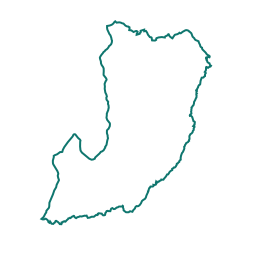 Muong Khuong, Lào Cai, Vietnam, rotated 187°
{"feature_id": "81297802B9711168823282", "entity_name": "Muong Khuong", "entity_type": "district", "adm_level": 2, "iso_a3": "VNM", "parent_name": "Vietnam", "parent_adm1": "Lào Cai", "projection": "natural_earth1", "projection_center": [104.124, 22.685], "detail": "fine", "context": "isolated", "style": "outline", "palette": "teal", "viewbox_px": 256, "rotation_deg": 187, "n_neighbors": 0, "source": "geoboundaries", "source_scale": "gbopen_adm2", "svg_char_len": 5751}
<svg xmlns="http://www.w3.org/2000/svg" viewBox="0 0 256 256"><g transform="rotate(187 128 128)"><path d="M164.2,193.3L163.0,190.7L162.7,188.9L161.8,187.3L160.1,185.4L159.4,184.1L159.0,181.4L158.8,178.3L158.6,177.5L156.0,174.9L155.2,173.7L155.3,172.7L155.9,171.7L156.6,168.9L156.0,166.3L155.9,164.1L154.8,160.4L153.6,158.6L152.8,156.7L153.2,155.5L152.8,153.6L150.9,151.6L150.8,149.4L150.1,148.1L149.6,145.7L149.8,144.4L149.8,143.3L150.3,141.7L150.8,139.5L150.6,138.2L150.6,135.5L149.6,133.5L146.7,130.6L146.4,129.8L146.3,127.6L146.7,126.4L147.2,124.9L148.2,123.8L148.6,122.8L148.3,120.3L147.3,118.1L147.1,116.7L146.6,115.5L147.0,113.4L147.3,108.6L148.4,106.4L148.2,105.7L148.6,105.1L149.2,103.5L149.6,102.8L150.9,101.6L152.1,101.0L153.1,99.3L157.0,94.7L157.2,93.5L158.8,92.5L160.3,92.1L162.7,92.8L170.8,98.0L172.3,99.8L172.6,100.7L173.3,103.8L173.8,108.7L173.6,109.6L174.0,110.3L174.5,110.8L176.4,112.1L179.4,115.1L179.9,115.3L180.7,115.2L181.3,114.7L181.9,112.9L186.0,106.6L188.9,101.3L190.0,98.4L190.3,96.3L190.7,96.1L192.5,95.8L195.1,93.3L197.5,92.0L198.3,91.3L198.1,90.0L198.6,86.5L198.4,84.9L198.1,83.6L197.7,82.8L192.8,76.6L191.9,74.9L191.6,74.0L191.9,72.3L191.8,71.7L191.2,70.0L190.3,68.2L190.2,67.7L191.9,62.9L192.1,60.4L193.6,57.0L194.4,53.0L196.9,44.3L196.6,40.7L196.8,39.1L198.9,35.9L198.9,34.1L199.5,33.2L200.9,29.4L202.8,27.2L202.2,27.0L201.5,26.9L200.1,27.1L199.0,27.9L198.5,27.9L196.7,26.9L195.9,25.9L195.5,24.9L194.5,24.4L194.0,25.8L193.1,24.8L192.6,24.0L192.2,23.7L190.5,23.7L189.7,24.8L189.1,25.2L188.5,26.9L188.1,27.1L187.6,27.0L187.0,26.5L186.3,26.3L184.7,25.1L184.0,24.3L182.4,24.4L182.3,24.8L182.5,25.9L182.5,26.1L181.8,26.5L181.4,26.4L180.9,27.2L179.8,27.7L179.1,27.3L178.7,27.4L177.6,29.0L176.4,30.3L176.2,31.0L175.3,31.3L174.7,31.8L174.1,31.6L172.8,33.1L171.1,34.2L170.8,34.1L170.3,33.3L169.8,32.8L168.5,32.2L168.2,32.4L167.6,33.2L165.8,33.9L165.0,34.5L163.3,34.5L160.3,35.7L159.1,35.7L158.4,36.0L157.0,33.9L155.1,34.4L153.3,35.5L151.0,35.8L149.2,37.7L147.9,37.8L147.4,38.2L147.3,38.4L147.5,39.2L146.7,39.8L143.6,39.8L143.0,39.0L142.0,38.3L140.9,38.5L140.2,38.9L140.1,39.6L140.2,40.7L139.7,41.3L139.1,42.9L138.0,43.3L137.2,43.1L135.4,43.3L135.0,45.5L134.7,46.0L133.7,46.6L132.4,45.8L132.0,45.8L130.8,46.3L130.4,46.8L129.5,47.7L128.5,48.0L127.5,48.9L124.7,49.3L124.1,49.6L123.8,50.1L123.4,49.8L123.3,48.5L122.5,46.9L122.3,45.7L119.8,44.2L118.8,44.2L117.0,44.5L116.1,45.5L115.7,45.6L113.4,45.4L112.8,47.0L111.3,49.0L111.1,50.2L110.6,51.0L109.8,51.6L109.0,51.5L108.1,51.8L106.9,53.1L105.9,55.0L105.3,57.1L104.6,58.0L102.5,59.8L101.8,61.2L101.5,63.2L100.3,66.9L100.5,67.6L100.0,68.0L99.9,69.7L99.5,71.1L98.8,71.6L98.7,72.5L98.4,72.7L96.3,72.9L95.8,73.4L95.5,73.9L95.8,74.7L94.6,74.7L93.5,75.2L93.2,76.0L93.7,76.8L93.5,78.3L92.6,77.5L92.3,77.4L91.7,77.9L91.4,78.6L90.6,78.7L89.7,79.7L88.9,80.1L88.7,80.9L86.8,80.9L86.5,81.1L86.1,82.0L84.5,84.4L83.5,86.7L82.5,86.9L81.9,88.1L81.5,89.2L80.9,90.0L80.2,90.8L79.0,91.6L79.2,92.9L78.4,93.4L77.7,94.4L76.9,94.4L76.0,95.4L75.7,96.0L75.6,96.7L75.2,97.2L75.2,98.5L74.3,98.9L73.9,99.8L73.0,100.6L73.0,101.5L72.6,102.2L71.8,103.0L72.1,104.6L72.0,106.9L71.4,109.6L70.6,110.9L70.3,111.7L70.2,112.5L69.8,113.2L69.6,114.9L70.0,116.1L69.5,116.8L69.3,118.1L68.8,118.9L68.5,120.0L66.6,121.5L66.3,122.4L65.8,122.7L66.0,123.5L65.6,124.6L66.1,127.4L65.3,129.5L64.2,130.4L63.4,131.6L63.3,132.9L62.5,134.2L62.8,135.4L62.1,137.2L62.3,137.6L63.5,137.8L63.0,138.8L62.4,139.3L62.3,139.6L62.5,140.4L62.3,141.1L62.4,142.1L63.2,142.6L63.8,142.7L65.6,146.7L66.6,147.6L67.5,147.8L68.0,147.6L68.2,148.1L68.0,148.8L66.9,149.8L66.8,150.1L67.4,152.0L67.2,152.8L67.4,154.3L67.2,155.2L67.5,156.1L66.6,157.2L66.5,157.9L65.8,158.6L65.5,160.4L65.6,161.9L64.7,164.0L64.2,165.9L63.8,166.6L63.9,168.7L64.2,169.1L64.3,169.7L64.3,170.4L64.0,170.6L64.3,170.9L64.5,172.5L64.2,172.9L64.9,173.5L65.0,173.7L64.9,173.9L64.2,174.1L64.1,175.5L63.4,176.9L63.4,177.8L62.8,179.2L62.2,179.5L61.7,180.3L61.7,183.7L61.0,186.9L59.3,187.3L59.1,187.6L58.6,188.4L57.9,188.9L58.1,190.8L57.5,192.0L57.9,192.7L58.6,193.0L58.0,194.1L57.7,195.0L57.9,197.8L57.7,198.1L57.3,198.2L56.3,197.5L55.8,197.5L54.7,198.7L54.1,198.8L53.6,199.1L53.2,199.9L53.8,200.2L54.4,200.7L55.0,202.1L56.2,202.5L57.3,203.3L57.8,204.6L58.5,205.2L58.5,205.4L58.1,205.8L58.1,206.1L58.9,206.4L59.1,206.7L59.1,207.4L58.8,207.7L58.0,207.7L57.1,208.3L55.8,208.1L55.6,208.7L55.8,209.3L57.0,210.0L57.5,209.9L58.1,210.3L59.2,211.2L60.1,212.3L63.6,215.0L64.1,215.7L64.3,216.7L65.4,217.2L66.0,217.7L66.3,218.3L66.6,219.2L68.1,221.5L68.6,222.7L71.8,223.6L72.6,224.3L73.1,225.1L75.0,226.5L76.6,229.6L77.0,230.0L78.8,231.2L79.0,231.2L79.5,231.7L80.0,232.0L81.6,232.3L82.9,232.0L85.5,230.1L87.1,228.5L87.7,228.4L88.6,228.8L89.0,228.2L90.3,227.2L92.7,226.3L93.0,226.0L94.2,223.8L94.8,222.4L95.2,222.5L97.4,223.8L98.2,224.6L98.9,225.9L99.4,226.0L100.1,224.8L102.2,223.4L102.5,222.8L102.5,222.3L105.5,222.4L108.7,221.6L110.7,220.6L110.9,219.8L110.8,218.9L111.8,218.1L114.3,217.9L114.8,217.9L115.6,220.6L115.9,220.8L117.4,220.9L119.6,223.1L120.6,224.9L122.0,226.5L123.7,226.0L123.9,227.6L127.2,226.1L127.4,225.8L127.1,225.2L127.1,224.4L127.8,223.7L127.9,222.9L130.8,221.6L130.8,222.7L130.4,223.4L130.2,224.7L131.2,225.3L132.2,225.1L134.2,224.0L136.6,225.3L138.7,225.3L138.6,227.4L138.9,228.2L139.4,228.2L140.0,228.7L141.3,228.7L143.0,229.3L145.2,231.1L146.5,231.2L148.0,231.7L149.6,231.8L152.2,231.2L153.7,232.3L154.5,231.4L155.3,229.9L156.7,228.5L158.6,227.5L161.2,226.7L161.0,225.0L160.5,223.2L157.9,219.0L156.7,217.8L155.5,215.3L155.1,213.9L154.5,212.7L154.5,210.9L154.9,209.2L155.8,207.9L156.8,207.0L157.2,205.7L157.9,204.5L158.6,203.6L159.9,202.5L160.6,201.2L161.5,200.5L162.2,199.0L163.1,197.7L164.2,195.5L164.5,194.4L164.2,193.3Z" fill="none" stroke="#0f766e" stroke-width="2"/></g></svg>